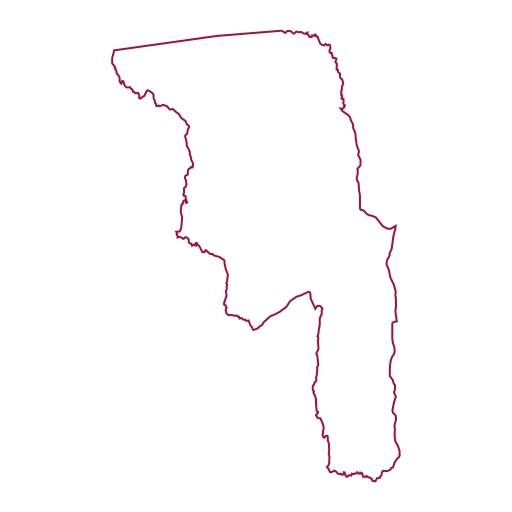 Íquira, Huila, Colombia
{"feature_id": "7082276B93831290188836", "entity_name": "Íquira", "entity_type": "district", "adm_level": 2, "iso_a3": "COL", "parent_name": "Colombia", "parent_adm1": "Huila", "projection": "equal_earth", "projection_center": [-75.689, 2.666], "detail": "fine", "context": "isolated", "style": "outline", "palette": "rose", "viewbox_px": 512, "rotation_deg": 0, "n_neighbors": 0, "source": "geoboundaries", "source_scale": "gbopen_adm2", "svg_char_len": 6012}
<svg xmlns="http://www.w3.org/2000/svg" viewBox="0 0 512 512"><path d="M395.6,225.9L390.8,228.8L387.2,228.6L382.8,226.2L375.9,217.5L372.5,215.9L368.6,215.1L366.5,213.6L363.5,210.4L360.6,209.7L360.0,208.3L359.9,195.0L359.0,190.1L358.7,184.4L358.4,182.3L357.1,180.7L356.7,178.0L357.6,174.5L357.8,171.3L357.4,168.9L360.4,165.4L360.6,160.0L358.1,154.7L358.9,152.0L358.7,150.4L356.7,145.1L355.7,138.1L355.7,136.0L355.0,132.0L353.2,128.1L353.0,124.2L351.0,120.5L350.0,117.4L348.8,115.6L342.5,111.1L340.7,108.6L342.4,108.9L344.1,107.4L344.0,106.3L344.6,106.1L344.9,105.2L343.4,103.9L343.2,102.5L343.7,101.2L343.3,98.8L341.8,98.9L341.4,98.2L342.3,96.0L341.3,95.1L341.5,94.5L341.0,93.6L341.5,92.6L341.1,91.2L341.8,89.9L341.9,86.9L343.2,83.8L343.1,82.4L342.1,79.4L341.6,78.7L340.8,78.6L340.1,77.2L339.9,73.5L338.0,71.8L337.8,69.8L336.7,69.6L336.5,68.5L336.9,66.6L336.6,65.2L337.0,64.2L336.5,63.1L335.7,62.6L335.4,61.5L336.2,60.0L336.4,58.7L334.6,57.9L333.2,58.2L332.5,57.1L332.4,55.2L331.7,54.3L331.7,52.9L330.5,53.0L329.6,51.8L329.4,50.5L330.2,49.3L330.4,47.1L329.9,45.0L329.1,44.6L327.4,45.3L325.6,43.9L324.3,45.2L323.5,45.4L321.2,44.4L320.1,43.4L317.5,36.5L316.2,36.5L315.6,34.6L314.6,34.7L314.2,35.7L312.0,35.4L311.6,36.9L311.0,36.6L309.8,37.1L309.4,37.0L309.0,35.9L307.5,34.2L307.6,32.5L306.7,32.7L306.1,33.9L303.6,33.4L301.5,32.1L299.9,32.0L299.1,32.4L296.7,31.6L296.1,31.7L294.6,33.3L293.3,33.5L291.2,31.5L289.6,31.0L287.4,31.0L285.3,32.9L281.7,30.7L217.1,35.9L113.9,50.4L113.9,51.7L112.2,58.0L112.2,63.5L114.8,66.5L114.5,67.5L115.5,68.3L115.2,69.2L116.2,70.5L116.8,73.5L119.1,76.3L119.6,78.1L119.6,81.3L120.7,83.2L121.4,83.7L122.2,81.0L123.4,81.3L124.4,84.8L125.5,86.6L127.2,87.5L130.0,87.2L130.9,88.8L132.4,89.5L132.9,91.7L134.2,91.9L135.3,93.3L138.1,93.0L139.3,95.4L139.2,98.1L140.0,98.6L144.4,95.8L146.7,90.9L147.6,90.3L148.8,90.7L152.1,92.8L153.5,94.7L153.6,98.5L154.9,100.8L155.0,102.9L156.0,103.9L156.1,105.5L156.5,105.9L157.8,106.2L158.7,105.5L160.0,106.1L163.1,104.8L166.9,106.2L169.5,109.2L170.7,109.6L172.7,108.9L176.6,112.5L178.5,113.6L181.3,118.0L185.6,121.1L186.9,124.4L188.8,125.8L189.0,127.1L187.8,129.9L187.2,133.2L186.7,134.3L185.4,135.1L185.1,136.4L186.5,141.6L186.9,146.4L188.5,148.6L189.8,152.0L189.8,154.3L191.1,157.7L191.1,159.5L192.9,163.0L193.1,165.4L192.5,167.4L191.2,166.9L190.4,168.1L188.7,168.8L187.9,170.9L187.7,174.7L185.6,175.6L185.2,176.3L184.9,178.0L186.0,180.6L186.5,184.4L185.6,186.9L184.4,187.7L183.9,188.7L184.1,192.6L183.3,194.7L183.7,195.7L185.1,195.8L185.7,196.5L185.7,199.0L187.2,202.5L186.2,202.9L185.0,200.4L183.7,200.7L183.2,201.4L182.5,204.3L182.0,204.2L181.3,205.5L180.7,211.9L182.2,217.2L181.2,228.3L179.8,231.5L176.3,231.8L176.8,232.7L176.6,234.0L177.3,234.5L177.1,235.4L177.8,236.2L177.6,237.4L178.7,237.0L180.8,237.2L183.2,238.9L183.7,238.9L184.8,237.5L186.3,237.2L186.8,237.6L188.6,239.2L188.9,242.5L190.0,243.5L191.2,243.7L192.1,245.8L193.7,244.5L194.5,244.6L195.2,245.6L195.9,245.6L195.8,243.1L196.8,243.0L197.8,245.0L199.2,245.9L202.4,252.2L204.7,252.0L205.4,250.3L206.0,250.2L209.9,253.9L212.5,254.0L213.7,255.4L219.2,256.9L224.4,260.3L224.6,263.9L225.8,269.2L227.9,274.6L227.0,281.9L226.3,283.6L227.3,285.1L226.6,286.8L226.8,288.9L225.9,291.5L226.4,293.6L226.4,296.6L225.4,298.5L225.3,300.2L224.5,301.1L224.5,302.4L223.9,303.8L224.2,304.7L225.6,305.3L225.7,306.4L226.4,307.2L226.6,307.8L226.0,308.6L226.1,309.2L225.6,310.6L226.2,311.2L226.2,312.7L226.7,313.7L228.8,315.2L231.3,314.9L234.8,315.8L236.7,315.5L237.6,316.5L238.9,316.6L239.3,318.0L239.8,318.5L240.3,318.0L241.4,318.1L243.3,319.6L244.7,319.5L246.2,320.8L248.6,320.5L250.3,325.2L251.9,327.1L252.8,329.5L253.6,329.9L257.3,328.6L260.0,326.2L262.1,324.9L263.7,322.2L270.6,316.0L272.9,315.3L279.3,312.1L285.6,307.5L287.1,305.9L289.9,301.3L296.3,296.8L301.1,295.3L308.6,291.7L309.6,292.1L310.3,293.3L310.7,298.6L315.3,308.8L317.2,306.1L319.1,305.8L320.5,306.2L322.5,308.8L321.7,310.1L321.7,314.3L320.6,316.0L319.7,319.2L319.8,324.8L319.3,325.7L319.5,327.2L319.0,328.2L318.3,334.4L317.4,336.3L318.1,336.9L318.4,338.6L317.8,340.0L318.2,341.3L318.0,342.9L318.5,348.4L318.0,350.2L316.4,353.1L316.5,354.6L317.2,355.1L318.3,365.0L317.0,367.7L317.3,369.5L316.7,375.7L316.0,377.8L316.4,380.0L315.3,382.1L314.5,382.4L314.2,384.5L313.4,385.0L313.0,385.9L312.7,387.3L312.8,390.3L313.9,391.3L313.5,393.0L315.3,396.4L316.0,399.4L316.1,405.6L316.8,411.4L318.0,411.9L317.7,413.3L316.0,414.9L316.0,415.3L317.8,418.1L320.4,418.3L323.3,425.0L323.7,428.8L322.8,431.7L323.0,433.0L322.5,434.6L323.3,437.0L324.3,437.7L325.8,435.8L327.5,435.9L327.9,438.5L327.6,439.7L329.2,444.7L328.9,447.7L329.3,449.3L328.7,453.6L329.4,456.5L329.3,459.5L329.2,462.9L328.6,465.2L327.0,466.9L328.7,469.1L329.9,472.0L330.7,472.3L331.8,472.0L334.5,470.6L336.6,472.0L337.6,473.5L339.9,474.3L340.8,473.7L342.4,474.9L343.2,474.3L344.0,472.2L344.7,472.6L344.5,473.3L344.9,473.6L345.2,475.0L345.9,475.3L346.5,476.8L348.0,476.4L349.1,475.1L351.3,475.5L352.0,473.6L352.9,474.1L355.4,473.7L357.1,472.3L358.1,473.6L359.1,473.3L359.9,473.7L360.3,472.5L362.5,473.5L362.4,474.8L363.1,476.7L364.3,476.5L365.1,477.1L366.6,475.9L367.6,477.1L369.8,477.5L370.4,478.4L371.7,478.6L372.4,480.8L375.4,481.3L377.1,478.2L379.8,477.9L380.2,476.6L381.4,475.4L382.0,472.2L383.2,470.8L387.3,471.1L390.6,469.5L391.1,468.0L393.0,467.4L394.5,462.7L396.7,459.2L398.9,457.1L399.8,455.3L399.4,454.0L399.7,452.0L399.3,450.1L398.0,446.0L395.2,441.0L394.8,437.8L394.6,434.0L394.9,428.7L394.4,425.6L396.0,419.7L395.9,416.5L395.4,415.1L393.1,413.0L392.4,410.7L393.9,402.7L395.8,396.8L395.4,395.3L394.2,393.4L394.1,392.0L395.1,388.8L394.9,385.0L393.8,383.7L392.7,379.9L389.8,376.0L389.8,369.4L390.2,364.0L390.9,359.9L392.3,356.4L393.9,354.4L394.7,351.1L394.3,347.2L392.9,343.1L392.3,338.8L392.3,323.4L393.5,322.0L396.8,321.4L395.5,312.1L395.4,310.3L396.0,306.9L395.9,298.7L395.4,295.3L395.7,291.5L393.9,284.8L390.6,278.1L388.6,269.1L386.5,264.2L387.0,260.2L389.6,255.6L389.5,253.7L391.7,248.7L393.5,235.5L395.1,229.7L395.6,225.9Z" fill="none" stroke="#9f1239" stroke-width="2"/></svg>